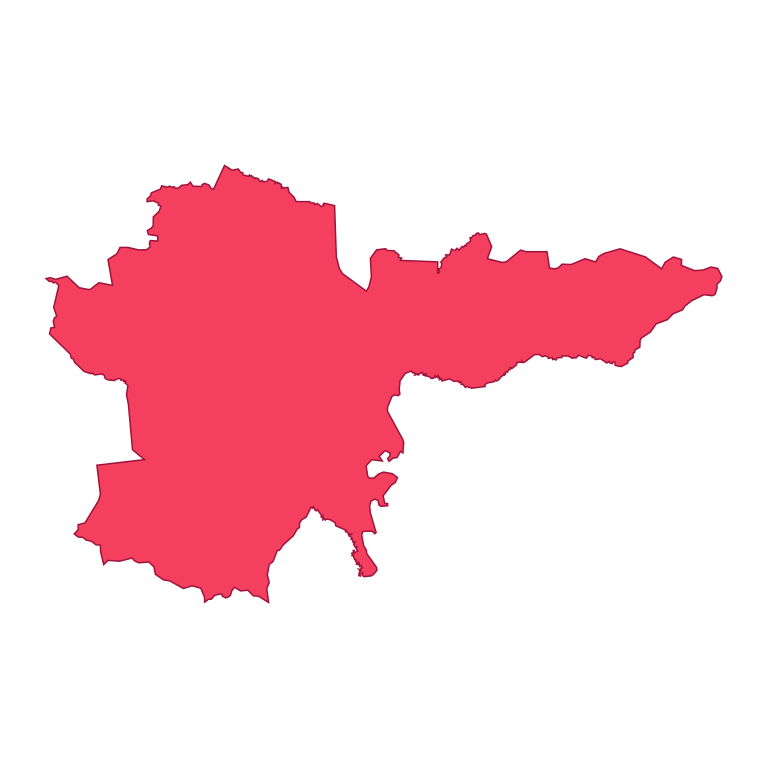 outline of Phatthana Nikhom, Lop Buri, Thailand
{"feature_id": "78962969B79336823400406", "entity_name": "Phatthana Nikhom", "entity_type": "district", "adm_level": 2, "iso_a3": "THA", "parent_name": "Thailand", "parent_adm1": "Lop Buri", "projection": "mercator", "projection_center": [101.069, 14.9], "detail": "fine", "context": "isolated", "style": "filled", "palette": "rose", "viewbox_px": 768, "rotation_deg": 0, "n_neighbors": 0, "source": "geoboundaries", "source_scale": "gbopen_adm2", "svg_char_len": 6093}
<svg xmlns="http://www.w3.org/2000/svg" viewBox="0 0 768 768"><path d="M151.4,192.8L150.4,196.0L147.1,198.9L147.1,201.7L153.1,200.8L158.5,203.3L158.3,205.1L160.9,206.1L159.2,211.3L153.3,216.9L153.2,225.5L151.6,227.9L147.3,230.6L148.4,234.5L157.6,235.9L157.7,241.0L150.2,240.6L149.4,243.6L150.2,246.9L146.5,249.7L138.5,249.9L127.9,247.4L120.1,247.4L116.8,253.9L108.0,259.6L112.5,285.4L98.9,282.7L90.3,289.4L88.4,289.5L79.1,287.7L67.0,276.2L55.6,279.4L50.2,277.7L46.1,278.6L49.1,281.3L52.7,281.6L53.2,282.9L55.7,282.3L58.8,285.5L53.7,307.4L56.7,316.3L54.4,318.0L53.2,321.4L54.6,327.4L50.9,327.9L49.5,333.9L70.3,354.1L71.4,358.4L73.0,358.6L74.5,362.2L84.0,371.4L91.0,373.7L92.1,373.1L94.6,374.9L102.0,374.0L104.2,375.3L105.3,378.6L108.5,380.0L114.5,380.5L117.6,378.6L120.4,378.8L120.9,380.2L123.6,380.0L123.6,381.4L125.7,381.2L125.0,382.9L127.9,385.3L126.5,394.7L128.4,404.4L132.5,449.7L144.4,459.6L96.9,465.2L100.4,494.2L98.6,500.5L85.0,522.9L78.1,524.7L78.2,529.7L74.2,533.9L78.3,537.0L83.1,537.4L86.0,540.0L91.5,541.3L96.0,544.8L100.3,545.1L100.6,551.7L103.7,564.6L108.0,560.4L119.7,561.2L132.1,558.0L134.7,561.0L139.0,562.8L148.9,562.0L154.0,567.0L155.4,574.3L163.3,579.8L169.7,580.9L183.4,588.5L192.1,585.8L200.7,588.2L204.5,597.0L204.6,602.1L208.5,599.3L211.4,599.2L214.7,595.3L221.0,593.9L222.4,594.4L222.2,596.1L225.7,597.9L228.0,597.1L230.4,595.4L231.8,590.7L234.7,587.3L240.5,590.9L247.9,590.2L253.3,595.8L258.5,596.2L268.6,602.5L266.8,588.6L269.2,582.5L267.3,574.8L269.3,564.3L273.0,561.6L277.2,550.7L279.6,550.1L283.0,545.1L293.3,535.8L297.1,529.1L299.4,527.6L299.6,522.9L301.6,519.8L306.1,517.2L311.1,507.2L312.4,508.1L313.3,506.7L315.2,510.4L316.3,510.8L317.3,509.5L321.1,514.8L321.4,517.2L323.0,515.7L322.9,519.7L324.2,518.5L325.2,520.1L326.2,519.1L330.3,519.7L335.2,522.8L335.7,525.7L346.3,530.4L345.5,531.5L348.5,533.0L348.4,534.3L351.4,534.1L349.0,535.8L351.8,537.7L351.1,539.2L352.2,539.3L353.2,542.5L355.0,542.0L353.7,544.4L355.3,547.2L356.9,546.8L356.1,548.7L357.7,551.1L354.2,552.9L354.3,550.5L353.2,550.4L353.5,552.7L351.7,553.3L353.2,555.0L351.3,555.5L353.1,555.7L354.6,559.7L356.3,560.0L355.8,561.7L357.5,562.8L356.4,564.0L358.0,564.6L358.9,562.8L359.7,566.4L361.2,565.4L362.2,567.8L361.0,567.9L360.7,569.7L358.8,569.2L360.6,571.4L359.5,571.8L358.7,575.6L360.3,576.0L360.0,574.5L362.5,572.8L362.4,575.6L364.3,576.7L371.5,575.8L373.9,574.0L376.9,570.3L376.6,567.5L366.7,553.5L366.3,550.1L363.6,545.6L361.7,535.1L362.6,531.9L364.4,531.2L372.2,531.2L374.7,533.7L376.1,532.6L370.3,512.8L369.6,506.0L371.1,501.0L375.0,499.1L378.2,500.7L378.8,504.7L380.9,506.3L387.7,505.7L387.6,503.5L385.4,503.7L384.5,502.6L383.2,495.7L391.0,485.5L395.4,482.3L397.5,477.6L392.4,473.7L383.6,472.1L378.6,474.0L374.1,477.9L369.5,478.2L367.8,476.6L366.1,465.8L371.8,459.7L382.3,461.0L379.2,456.4L385.1,450.6L390.2,453.1L389.8,456.1L387.6,458.6L389.1,461.4L392.9,458.2L397.1,457.5L400.5,451.3L402.9,452.9L403.7,442.8L402.8,439.5L387.4,411.2L387.6,407.1L391.9,396.4L395.0,394.8L398.1,395.7L399.9,394.1L399.2,389.4L400.1,380.7L405.3,373.3L411.4,371.0L412.7,373.0L415.4,372.7L414.2,373.0L415.6,373.8L414.9,375.0L417.9,374.0L418.2,375.0L421.9,372.2L422.7,373.8L424.2,374.0L423.3,375.0L425.0,375.7L424.7,374.1L426.1,373.8L426.1,375.8L429.9,376.9L431.0,378.4L433.6,378.3L435.0,375.7L435.6,377.4L437.8,375.6L437.8,377.6L439.3,377.1L439.4,379.7L441.9,378.3L441.1,379.4L442.0,381.0L449.5,378.9L453.9,381.3L458.0,381.1L459.3,382.6L460.9,381.7L461.2,384.4L463.0,384.3L465.2,387.3L467.3,386.6L471.6,388.2L485.1,386.5L485.0,384.8L487.0,383.1L494.3,381.6L495.3,380.1L496.2,381.0L498.2,380.2L502.1,375.8L504.3,375.2L503.9,374.1L505.4,374.2L505.5,372.1L507.8,372.0L508.1,370.0L510.2,369.5L510.4,367.6L511.9,368.5L516.5,364.9L517.1,362.4L521.5,362.3L521.9,361.0L522.4,362.4L524.2,362.4L534.6,354.6L539.6,354.6L542.4,356.7L545.2,355.8L547.9,356.8L548.3,358.4L552.3,357.6L552.6,359.5L553.8,358.9L555.9,360.0L557.5,357.8L561.8,357.5L562.4,355.9L568.0,356.0L572.7,358.4L574.2,357.4L575.8,358.1L578.7,355.3L586.2,358.2L588.5,355.4L591.7,356.0L592.3,357.7L593.9,357.2L595.3,359.5L600.6,358.8L606.8,363.0L609.3,361.4L609.7,362.9L612.2,363.7L613.0,361.9L614.9,362.2L615.2,365.4L621.1,366.6L627.7,363.2L627.9,361.1L633.1,357.5L633.1,353.3L634.7,352.3L634.9,350.1L639.8,347.2L640.1,340.4L641.4,338.0L650.5,332.0L656.2,323.8L667.3,319.7L673.2,313.7L682.5,309.9L684.8,306.2L691.5,300.8L703.9,294.7L712.2,295.7L715.0,294.5L717.1,287.9L716.8,284.5L720.4,280.9L721.9,276.5L717.7,268.4L711.0,267.0L703.0,270.1L694.6,270.6L681.3,265.4L681.6,259.5L673.4,257.0L665.1,262.3L661.6,268.8L645.4,256.9L620.0,248.8L603.9,253.5L598.8,256.5L595.6,261.9L585.1,258.7L571.3,264.5L562.0,264.2L558.2,267.9L554.4,268.8L549.5,268.0L547.0,251.7L526.2,251.7L520.6,250.1L506.3,261.8L502.2,262.4L487.4,258.7L491.7,246.6L486.4,234.1L484.4,233.4L479.9,234.7L478.2,232.9L476.1,233.6L475.5,235.3L473.2,235.4L471.4,237.9L470.1,237.7L470.5,241.2L466.3,244.1L466.2,245.8L464.9,245.4L463.5,247.2L462.2,246.4L458.8,250.2L456.9,248.3L454.8,250.6L451.5,249.1L449.7,254.9L445.7,254.9L446.8,256.8L444.2,257.9L440.8,262.1L441.8,263.7L441.0,267.6L438.5,269.0L439.5,271.6L438.8,273.2L437.6,273.0L437.7,261.9L400.4,260.4L401.6,258.1L398.5,257.3L399.0,255.0L393.8,250.7L387.2,250.5L385.6,248.7L376.6,249.8L370.4,258.3L371.4,276.9L368.8,287.1L366.3,291.1L342.6,273.7L339.4,268.7L336.3,256.8L334.6,205.6L324.1,203.2L323.0,204.3L323.8,205.6L321.5,206.6L317.4,203.5L314.6,204.5L314.2,203.0L310.9,202.9L309.7,201.6L296.2,201.6L294.0,197.2L289.1,192.3L287.9,187.4L281.8,188.1L282.7,186.5L281.4,187.4L281.2,184.4L278.6,182.8L277.4,183.3L277.0,182.2L275.0,183.3L275.2,181.5L268.7,178.9L266.7,181.5L262.9,181.7L262.3,180.4L260.0,181.6L258.3,178.7L255.5,177.8L254.9,178.6L251.4,175.6L250.1,176.0L249.5,175.0L248.4,176.3L243.1,174.9L242.6,172.5L240.7,172.6L238.3,169.0L232.1,170.2L224.5,165.5L213.5,189.3L211.2,188.5L208.8,184.9L204.5,183.4L202.2,184.6L201.5,186.5L192.9,186.2L190.4,182.2L187.7,184.7L181.5,185.3L178.0,188.3L174.5,187.9L174.1,186.7L171.5,187.3L169.7,186.1L167.2,187.2L161.7,185.8L160.3,189.2L151.4,192.8Z" fill="#f43f5e" stroke="#9f1239" stroke-width="1.5"/></svg>